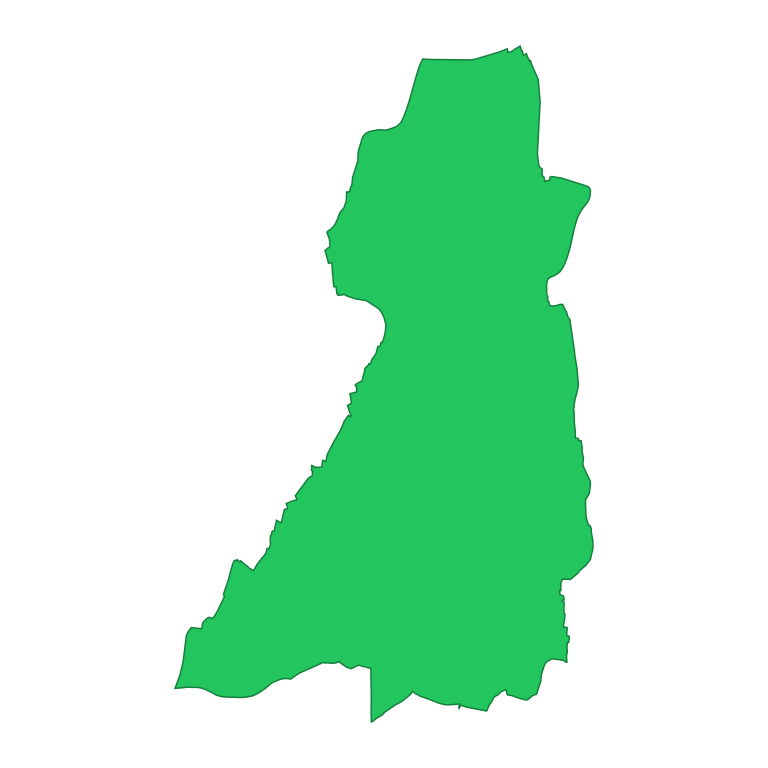 outline of Sena, Phra Nakhon Si Ayutthaya, Thailand
{"feature_id": "78962969B95009717183464", "entity_name": "Sena", "entity_type": "district", "adm_level": 2, "iso_a3": "THA", "parent_name": "Thailand", "parent_adm1": "Phra Nakhon Si Ayutthaya", "projection": "equal_earth", "projection_center": [100.378, 14.308], "detail": "fine", "context": "isolated", "style": "filled", "palette": "green", "viewbox_px": 768, "rotation_deg": 0, "n_neighbors": 0, "source": "geoboundaries", "source_scale": "gbopen_adm2", "svg_char_len": 6090}
<svg xmlns="http://www.w3.org/2000/svg" viewBox="0 0 768 768"><path d="M538.3,79.7L531.5,64.1L530.6,60.8L530.5,60.7L529.6,61.4L529.4,61.2L528.7,58.9L527.5,57.0L526.4,53.6L523.4,55.3L522.1,50.6L521.5,50.7L520.1,46.1L513.7,49.8L513.1,50.5L511.6,51.4L508.1,52.8L507.3,48.8L499.2,52.0L475.3,59.2L472.8,59.6L469.0,59.9L433.3,59.5L424.3,59.2L422.8,58.9L420.8,62.8L418.9,67.6L416.4,75.6L409.7,99.4L406.5,109.4L403.6,117.1L401.3,121.8L400.6,122.8L397.6,125.7L396.0,126.7L392.8,128.0L387.3,129.8L384.6,130.2L380.3,129.7L378.7,129.7L370.4,131.3L368.3,132.0L366.4,133.1L365.0,134.1L363.3,136.1L362.2,138.3L358.5,150.6L358.0,154.9L358.0,160.2L357.8,161.1L352.7,177.0L352.3,180.0L352.1,183.3L351.9,184.4L350.0,189.6L349.7,191.6L349.6,191.9L346.9,191.8L346.6,192.0L346.4,199.4L346.3,200.8L343.8,208.2L342.3,209.7L339.9,212.7L339.3,214.1L337.6,218.9L335.3,223.9L333.7,226.2L330.5,229.5L328.0,231.0L327.1,232.0L327.0,232.6L329.2,238.4L329.6,240.5L329.9,245.6L329.4,247.3L327.8,248.1L325.0,250.6L326.7,256.4L328.5,263.2L331.9,262.8L332.6,274.7L333.0,276.3L333.2,281.0L333.8,286.6L334.0,286.8L335.8,286.6L336.0,286.8L336.6,291.0L336.8,293.6L336.9,293.8L337.8,293.8L338.1,295.4L342.8,294.8L344.1,294.4L347.4,296.1L355.6,298.9L365.6,300.5L367.1,301.1L378.4,308.5L379.2,309.2L381.3,312.1L382.8,314.7L383.7,316.8L384.3,318.5L386.0,325.1L385.3,331.4L384.8,334.1L383.8,338.0L382.3,342.7L381.2,342.3L380.0,346.4L377.9,346.5L375.8,354.0L371.7,359.8L370.4,364.3L369.0,363.6L368.0,365.6L367.5,366.1L366.0,367.1L364.5,369.3L364.5,369.8L364.9,370.3L364.9,370.6L363.5,374.5L362.7,378.5L361.9,380.8L357.2,383.5L355.9,384.3L355.1,385.1L356.8,387.6L356.6,392.0L350.0,393.7L351.5,403.4L348.9,404.6L347.5,405.5L348.8,408.9L348.7,409.8L351.2,415.5L350.2,416.7L348.9,415.3L348.4,415.3L344.1,421.5L340.0,431.5L339.4,431.8L335.7,438.7L334.0,441.3L329.0,451.2L327.8,453.3L326.9,456.2L325.9,461.5L323.6,460.5L322.6,460.3L322.0,465.2L322.1,467.0L315.0,467.5L314.9,466.9L311.7,465.5L311.5,467.1L312.0,467.5L311.3,470.2L312.4,470.9L312.4,475.8L309.4,477.4L308.1,478.5L295.4,495.6L296.8,499.5L296.8,499.9L292.0,501.1L286.2,503.6L287.3,506.5L287.5,508.8L284.4,509.4L281.3,522.8L276.5,520.3L274.3,530.7L274.0,531.1L272.3,531.1L271.1,535.1L270.5,535.8L270.2,542.1L270.6,544.2L269.0,548.8L267.7,548.4L267.1,548.4L265.9,553.1L263.6,556.3L261.3,558.8L256.8,564.9L253.5,570.7L248.9,567.8L248.3,567.2L240.6,560.8L240.1,562.0L237.1,559.6L236.8,559.8L236.4,560.9L234.5,560.3L233.1,563.0L232.4,565.0L230.4,572.0L228.3,580.5L224.8,590.1L223.5,594.5L223.5,595.0L224.5,595.8L224.6,596.2L218.9,608.2L215.7,614.2L213.8,617.0L212.1,618.6L211.7,618.5L209.8,617.4L208.5,617.5L207.2,618.2L204.1,621.1L202.8,622.7L201.7,628.8L191.3,627.5L187.7,632.5L186.9,634.3L186.1,637.1L186.1,638.1L183.0,662.3L179.7,675.9L175.0,688.4L183.4,687.7L187.7,687.1L192.1,687.4L197.7,687.4L200.4,687.9L204.2,688.9L212.5,692.9L216.4,695.2L221.5,696.6L225.4,697.0L237.6,697.4L241.7,697.5L246.7,697.1L252.6,695.8L254.8,694.9L256.9,693.9L260.8,691.5L264.3,689.1L268.6,685.7L271.3,683.3L273.3,682.1L280.3,679.3L283.2,678.7L286.6,678.5L290.6,679.1L299.1,673.2L323.1,662.5L324.4,662.9L325.6,663.1L326.9,662.8L330.2,663.2L334.5,663.1L336.4,662.7L338.9,661.6L342.0,664.1L345.4,666.4L347.5,667.6L351.1,668.7L358.6,665.1L363.6,666.7L365.3,666.7L367.3,667.6L370.9,668.5L371.0,679.4L371.3,696.7L371.1,715.2L371.3,715.9L371.3,721.9L372.7,721.4L375.7,718.9L379.1,716.7L382.0,715.3L384.8,712.1L395.2,705.0L400.6,702.2L403.4,700.2L406.5,697.8L411.0,693.8L412.5,691.4L415.9,693.8L419.9,696.1L427.8,698.8L438.7,703.1L444.4,704.6L448.0,704.8L454.0,704.5L459.8,704.0L459.8,704.5L458.9,706.4L458.9,707.8L459.1,708.4L459.3,708.2L460.3,705.8L460.6,705.4L461.2,705.4L465.7,706.9L467.4,707.3L485.8,710.9L486.6,710.9L487.1,710.5L488.4,706.4L490.5,703.4L492.2,700.8L493.9,697.3L494.4,696.7L497.9,694.9L500.4,692.4L501.2,691.8L505.7,689.6L506.1,689.9L507.0,693.9L507.3,694.7L507.5,694.9L512.3,695.7L517.6,697.7L523.1,699.4L526.1,699.9L527.3,699.9L528.0,699.5L529.0,698.6L530.5,697.7L531.3,696.4L531.7,696.0L533.0,695.7L536.7,693.9L539.8,684.0L540.5,682.2L541.0,679.5L541.3,675.3L541.9,672.9L544.3,665.3L545.9,662.5L547.0,661.7L551.9,658.8L558.7,659.6L564.0,660.6L565.7,662.1L566.9,662.2L566.5,656.1L567.3,652.0L567.0,647.6L567.0,646.0L567.5,642.4L568.5,642.5L568.7,642.3L569.5,637.0L569.4,636.6L566.9,635.3L566.7,634.9L567.2,627.6L563.2,626.9L563.8,623.5L564.3,621.5L565.0,615.6L564.9,613.9L563.9,613.5L564.1,602.1L562.3,601.8L562.3,600.0L564.1,600.0L563.8,597.5L563.3,595.9L560.0,594.7L559.6,590.4L560.6,590.8L560.8,590.7L560.9,582.8L562.4,579.3L565.4,579.2L570.5,579.4L578.2,572.9L579.7,570.6L585.9,565.3L590.5,559.2L591.3,555.2L592.7,549.7L593.0,546.6L592.8,540.4L591.4,532.7L591.3,530.0L591.1,528.1L590.7,527.0L589.6,525.3L588.3,524.8L586.4,518.0L585.9,515.0L585.5,502.8L585.7,499.4L588.7,494.6L589.3,493.1L589.6,491.7L589.8,488.9L590.4,486.2L590.4,482.0L590.1,480.9L587.8,475.9L586.6,473.8L585.4,470.8L583.7,467.1L583.1,465.1L582.9,463.9L583.0,462.0L583.5,458.5L582.1,451.1L582.1,447.0L581.3,442.1L581.3,440.9L578.5,440.4L578.3,439.9L578.6,438.9L578.4,438.5L577.6,438.2L575.8,438.2L575.5,438.1L575.4,437.8L575.3,429.9L574.8,428.2L574.7,424.9L574.4,423.4L574.1,415.7L574.1,412.0L573.5,408.9L574.1,407.7L574.1,405.1L575.2,398.5L576.8,393.2L577.2,391.1L578.4,385.8L577.1,369.3L574.7,354.3L574.5,351.4L569.8,319.3L567.8,316.7L567.4,315.5L566.5,311.9L565.1,309.9L563.0,305.0L562.7,304.5L562.0,304.3L559.5,304.5L555.5,305.8L553.6,306.1L550.0,305.5L549.5,305.1L548.9,301.8L547.6,300.7L547.8,296.9L547.6,296.1L546.8,294.0L546.6,293.0L546.7,289.8L546.5,285.8L547.1,281.4L547.7,279.5L548.4,278.5L550.8,277.0L554.2,275.7L555.7,274.8L557.9,273.4L559.8,271.9L562.5,268.2L564.7,264.0L567.4,256.8L569.4,250.1L570.3,246.6L573.7,230.9L575.0,225.9L576.2,221.6L578.0,216.6L579.6,213.3L582.1,209.2L587.3,202.6L589.2,199.0L589.9,196.8L590.5,190.5L589.4,188.0L588.3,186.8L586.2,185.9L561.5,178.1L551.6,176.5L549.8,177.4L550.1,180.1L544.6,181.2L544.3,178.1L543.7,176.9L542.1,175.5L542.2,173.8L542.2,169.1L539.6,167.1L538.7,164.6L537.4,153.8L540.1,102.0L538.3,79.7Z" fill="#22c55e" stroke="#15803d" stroke-width="1.5"/></svg>